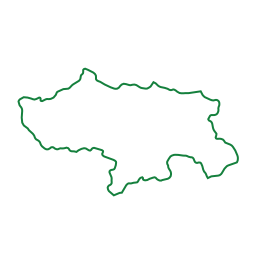 outline of Nagano, rotated 82°
{"feature_id": "JPN-1844", "entity_name": "Nagano", "entity_type": "Prefecture", "adm_level": 1, "iso_a3": "JPN", "parent_name": "Japan", "parent_adm1": "", "projection": "albers", "projection_center": [138.086, 36.102], "detail": "fine", "context": "isolated", "style": "outline", "palette": "green", "viewbox_px": 256, "rotation_deg": 82, "n_neighbors": 0, "source": "natural_earth", "source_scale": "10m", "svg_char_len": 3805}
<svg xmlns="http://www.w3.org/2000/svg" viewBox="0 0 256 256"><g transform="rotate(82 128 128)"><path d="M188.7,55.9L187.0,56.6L184.1,57.3L182.7,58.0L181.8,58.7L179.6,59.3L176.1,59.7L173.9,60.3L172.9,60.7L172.2,61.5L172.0,62.8L172.2,64.5L171.7,65.7L170.8,66.5L167.4,67.4L166.5,68.0L165.9,68.9L165.7,70.0L165.3,71.0L164.9,72.0L164.1,73.2L163.5,74.4L163.0,77.2L161.6,82.1L161.2,84.4L161.0,86.1L161.4,88.3L162.1,89.9L164.0,91.7L166.7,93.8L167.8,94.1L169.1,94.1L170.7,93.5L172.3,93.6L173.7,93.3L176.1,92.2L177.4,91.8L178.8,91.7L180.1,91.9L181.7,92.5L183.0,93.8L183.8,95.6L184.3,101.0L184.4,101.6L184.7,102.5L184.4,104.0L183.7,105.2L182.7,106.4L181.0,107.6L180.5,108.7L180.7,110.4L181.3,113.6L182.2,116.2L182.2,118.3L181.8,119.4L181.1,120.2L179.5,120.2L178.8,120.7L179.0,122.1L179.5,123.2L180.8,124.5L182.0,125.3L183.0,126.3L183.1,127.6L183.0,130.0L183.3,132.5L183.2,133.7L182.9,134.8L183.2,136.1L184.4,137.7L191.2,143.1L191.1,145.3L192.7,151.4L187.8,155.7L186.2,156.3L185.1,156.4L184.1,156.4L183.2,155.9L182.3,154.9L181.9,153.6L181.4,152.7L180.6,152.0L179.4,151.7L177.9,151.6L175.6,151.2L174.4,151.2L169.5,152.5L168.3,152.3L167.5,151.4L167.2,150.3L167.2,149.1L167.1,148.3L166.8,147.4L166.0,146.7L163.2,145.3L160.7,144.6L159.7,144.6L158.7,145.3L157.6,146.7L152.9,155.5L152.1,156.4L151.3,157.0L150.1,157.2L148.1,156.0L147.2,156.0L146.3,156.9L143.0,164.2L142.9,165.2L143.5,166.6L144.6,167.6L145.1,168.7L144.6,169.9L142.4,172.6L141.9,174.3L142.2,177.0L143.2,180.1L144.5,182.4L143.6,184.7L143.2,187.1L142.7,188.1L141.9,188.9L140.6,189.4L139.6,190.1L138.9,191.7L139.1,193.0L139.2,194.5L139.1,195.9L138.7,197.9L139.0,199.3L139.3,200.5L139.1,201.6L138.4,203.0L136.8,204.6L136.4,205.8L136.5,206.9L137.2,208.0L137.7,209.2L138.0,210.3L137.7,211.9L136.7,213.4L134.2,215.7L132.5,216.6L129.9,217.2L128.8,217.8L127.5,219.1L126.7,220.3L125.8,221.0L124.7,221.5L122.4,222.0L120.5,223.0L116.4,226.4L114.5,227.3L111.0,230.8L108.0,232.0L102.9,231.8L96.4,230.4L94.6,230.3L92.8,230.8L91.5,231.6L90.3,232.2L87.6,232.6L86.4,232.7L85.5,232.1L84.6,231.1L83.0,227.0L83.9,223.2L85.4,219.7L86.2,218.3L86.8,216.6L86.5,214.7L85.5,211.7L85.9,210.8L86.6,210.5L88.6,210.7L89.2,210.2L89.4,209.1L88.2,205.6L88.0,204.2L88.4,202.3L88.4,200.4L87.5,197.5L85.2,194.9L83.3,193.8L82.8,193.4L82.5,193.1L82.2,192.4L80.5,186.6L80.7,182.9L80.7,181.5L80.0,180.1L77.9,177.5L77.1,176.1L74.5,170.1L73.7,169.1L72.6,168.3L70.0,167.5L69.0,166.9L68.4,165.9L67.6,165.0L66.5,164.6L64.3,164.3L63.6,163.6L63.3,162.2L64.8,159.6L68.3,154.6L69.9,153.2L71.6,152.5L73.1,152.6L75.1,152.9L76.4,152.3L77.4,151.0L78.4,149.1L81.7,145.0L85.3,139.5L87.1,136.1L87.5,134.6L87.5,133.1L86.7,131.3L85.3,129.9L84.1,128.2L83.6,126.1L84.3,123.8L85.7,120.7L86.0,119.4L85.8,117.9L85.8,116.9L85.9,115.5L86.7,113.7L89.1,110.9L89.9,109.8L90.4,108.6L91.4,105.3L91.6,103.6L91.0,101.8L90.1,99.9L86.2,96.4L87.6,94.4L90.4,92.2L91.3,91.1L92.0,89.9L93.4,86.0L94.7,83.3L96.0,81.6L96.5,80.2L96.4,79.1L96.1,77.9L96.5,76.8L97.4,75.6L98.9,74.2L100.5,72.1L101.0,70.4L101.3,68.5L101.5,65.8L101.9,63.2L101.8,50.9L105.7,49.5L106.9,48.7L108.1,47.7L111.4,42.6L112.2,41.0L112.6,39.6L112.4,37.5L112.5,36.5L112.9,35.6L113.6,34.9L114.3,34.4L114.9,34.2L115.8,34.1L117.1,34.2L118.3,34.5L119.9,35.4L121.1,35.8L122.6,35.9L123.9,36.2L125.4,37.0L126.2,37.7L126.8,38.6L127.1,39.6L127.2,40.8L126.8,43.7L127.0,44.5L127.4,45.1L130.4,47.3L131.7,46.9L133.1,45.0L134.2,44.3L135.5,44.0L139.7,43.8L141.4,43.5L142.7,43.0L145.4,41.5L146.1,41.2L146.8,41.4L147.8,41.7L149.5,42.5L150.5,42.3L151.1,41.4L151.4,38.5L151.8,37.2L152.6,35.7L153.6,34.9L156.0,33.7L158.7,29.0L159.8,27.7L161.3,26.7L165.2,24.9L170.4,23.5L172.1,23.3L173.9,23.5L175.4,23.9L177.0,24.8L177.2,25.0L177.5,26.3L179.0,33.9L179.6,35.5L181.7,38.1L185.7,41.3L186.6,42.2L187.5,43.8L187.7,45.4L187.5,52.2L188.7,55.9Z" fill="none" stroke="#15803d" stroke-width="2"/></g></svg>